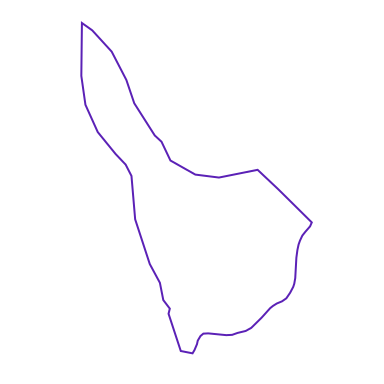 Panajachel, Sololá, Guatemala, rotated 274°
{"feature_id": "79465075B15499572594181", "entity_name": "Panajachel", "entity_type": "district", "adm_level": 2, "iso_a3": "GTM", "parent_name": "Guatemala", "parent_adm1": "Sololá", "projection": "albers", "projection_center": [-91.15, 14.749], "detail": "fine", "context": "isolated", "style": "outline", "palette": "violet", "viewbox_px": 384, "rotation_deg": 274, "n_neighbors": 0, "source": "geoboundaries", "source_scale": "gbopen_adm2", "svg_char_len": 820}
<svg xmlns="http://www.w3.org/2000/svg" viewBox="0 0 384 384"><g transform="rotate(274 192 192)"><path d="M224.6,113.1L214.7,123.9L203.8,130.5L160.8,137.2L117.2,154.9L99.2,166.3L82.2,170.9L74.1,178.0L68.9,177.1L32.6,191.9L31.1,203.8L34.5,205.5L40.6,207.6L44.1,208.1L48.9,210.5L51.5,213.2L52.1,218.1L51.6,236.2L52.3,242.0L54.6,247.3L55.9,251.4L57.1,255.2L60.6,260.6L71.6,270.3L81.6,278.1L84.0,280.7L86.7,284.4L89.2,289.4L92.5,293.5L98.3,296.9L104.4,299.6L107.6,300.4L113.3,301.0L133.7,300.7L141.5,301.2L147.1,302.0L151.0,303.1L156.2,305.1L160.3,307.9L166.0,312.2L170.0,313.6L200.7,277.9L218.7,255.9L208.3,217.9L209.6,194.1L221.9,168.3L240.0,158.1L245.8,150.9L276.5,128.2L299.2,118.7L326.4,102.1L346.3,81.2L352.9,70.4L300.1,73.5L271.6,79.6L245.2,93.8L224.6,113.1Z" fill="none" stroke="#5b21b6" stroke-width="2"/></g></svg>